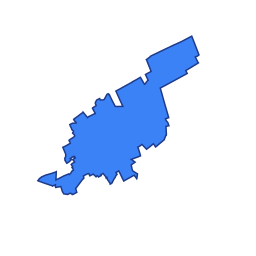 Baca, Yucatán, Mexico, rotated 56°
{"feature_id": "50627088B9866557271216", "entity_name": "Baca", "entity_type": "district", "adm_level": 2, "iso_a3": "MEX", "parent_name": "Mexico", "parent_adm1": "Yucatán", "projection": "robinson", "projection_center": [-89.395, 21.134], "detail": "fine", "context": "isolated", "style": "filled", "palette": "blue", "viewbox_px": 256, "rotation_deg": 56, "n_neighbors": 0, "source": "geoboundaries", "source_scale": "gbopen_adm2", "svg_char_len": 5190}
<svg xmlns="http://www.w3.org/2000/svg" viewBox="0 0 256 256"><g transform="rotate(56 128 128)"><path d="M174.9,149.1L174.6,148.7L171.4,145.8L169.5,146.6L167.9,147.3L166.0,148.1L165.1,147.8L164.3,147.6L162.2,146.7L160.4,146.0L160.4,145.4L160.3,143.7L160.3,141.2L159.4,141.5L159.2,141.6L158.7,141.8L158.3,141.9L157.9,142.1L157.6,142.2L157.1,142.4L156.7,142.5L155.9,142.8L156.0,142.5L156.2,141.5L156.4,140.6L156.8,138.9L157.0,138.0L157.3,137.0L157.7,135.2L158.1,133.2L157.8,133.1L157.5,133.0L157.1,132.8L156.6,132.7L155.6,132.3L154.7,132.1L154.4,132.0L153.6,131.7L153.1,131.6L151.8,131.2L150.7,130.9L149.8,130.7L149.3,130.6L149.5,129.5L149.6,127.6L149.5,126.8L149.4,125.6L156.0,124.5L155.6,118.7L155.3,116.4L155.3,115.7L157.3,115.7L159.1,115.8L159.1,115.7L159.1,114.6L159.1,114.4L158.8,112.6L158.7,111.4L158.5,109.5L158.0,104.6L157.9,104.6L157.3,103.6L156.7,102.8L155.6,101.2L155.3,100.7L155.4,100.3L155.0,99.9L147.9,95.6L149.0,92.8L145.5,91.9L143.4,92.2L141.3,91.8L142.2,88.5L138.9,87.4L131.8,85.1L123.4,82.4L117.6,80.4L117.4,80.4L112.9,78.9L113.2,76.4L113.8,70.8L114.1,67.4L115.0,58.2L115.5,52.8L115.9,48.4L112.7,48.0L113.4,33.2L112.2,33.2L106.7,32.5L106.8,31.9L107.2,30.3L107.1,28.3L99.4,26.5L87.5,23.8L86.2,35.7L84.8,43.7L83.5,52.4L83.0,55.7L81.1,68.8L81.4,70.8L81.6,74.2L81.6,74.3L81.6,74.6L82.2,74.6L94.0,77.2L94.0,77.7L93.7,80.2L93.4,83.6L99.7,84.6L99.7,85.4L99.9,85.9L100.1,86.6L100.2,87.2L100.8,88.3L100.9,88.7L100.9,89.5L100.9,89.9L92.9,89.4L92.6,94.0L92.6,94.3L92.5,95.1L92.4,95.9L92.2,97.9L92.1,98.4L92.3,98.5L92.3,99.0L92.2,100.2L92.1,100.9L92.0,101.7L92.0,102.5L91.9,103.3L91.8,104.0L91.7,105.5L91.5,107.1L91.5,107.9L91.3,109.7L91.2,110.6L91.2,111.5L91.1,112.7L91.0,113.3L90.7,116.4L90.6,117.4L91.3,117.5L92.0,117.6L92.7,117.7L93.4,117.9L94.8,118.1L96.0,118.3L97.3,118.5L99.3,118.9L101.8,119.3L103.9,119.6L104.6,119.8L107.2,120.2L105.6,122.7L105.4,122.9L104.3,124.7L103.4,125.9L102.9,126.5L97.4,125.9L97.1,125.8L96.7,125.8L95.8,125.7L93.0,125.3L90.0,124.8L90.0,125.2L88.6,125.2L88.4,126.1L88.3,126.5L89.3,128.5L91.0,131.7L90.7,133.1L89.3,135.3L88.9,135.2L87.7,135.0L87.3,138.2L87.8,139.3L88.7,140.9L89.1,141.2L89.7,141.5L90.3,141.6L90.5,141.6L90.9,141.7L91.2,141.8L91.6,141.9L91.6,142.6L91.7,143.9L91.7,144.0L91.6,144.3L91.6,144.6L91.5,145.0L91.6,146.0L91.7,146.4L92.2,146.5L92.6,146.5L93.0,146.5L93.2,146.4L93.5,146.6L97.7,147.0L97.7,147.3L97.3,148.7L97.2,149.1L97.2,149.4L97.3,149.7L97.1,150.4L96.7,153.6L96.5,154.0L96.8,155.7L90.6,156.3L89.8,156.4L89.9,156.5L89.9,157.6L90.0,160.3L90.2,163.2L90.3,167.2L90.4,167.3L90.4,168.2L90.9,168.3L91.7,168.4L92.5,168.3L93.3,168.1L94.6,168.0L94.8,168.1L93.8,170.2L93.7,170.3L92.9,171.5L92.9,172.4L92.7,173.4L92.7,173.7L92.6,174.3L93.5,174.5L94.1,174.8L96.0,174.9L97.8,175.5L98.0,175.4L100.1,174.9L100.6,175.5L100.9,175.9L101.0,176.5L101.4,176.8L101.6,176.7L102.9,176.4L103.6,176.3L104.7,176.6L104.9,177.2L105.2,177.7L105.1,180.8L105.2,183.8L106.0,184.0L107.3,184.0L108.4,184.4L108.0,190.3L107.5,192.8L115.0,194.3L117.0,195.9L117.4,196.2L117.4,196.4L117.4,196.7L117.9,197.5L118.3,197.6L118.8,197.8L119.4,198.0L119.4,198.3L123.0,198.5L123.1,197.9L123.1,196.1L123.1,194.9L122.7,194.3L122.6,192.7L121.1,193.0L121.2,192.3L121.2,192.0L121.2,191.6L120.9,191.3L121.0,190.5L121.1,189.8L121.1,189.6L121.2,189.0L121.8,189.1L121.8,188.3L123.3,188.4L123.3,189.3L123.3,190.2L123.3,191.1L123.3,191.5L123.7,191.5L124.9,191.3L125.7,191.2L126.2,191.2L126.3,191.2L126.3,194.7L126.5,195.2L126.5,195.5L129.4,195.6L129.5,196.5L129.8,196.4L130.1,196.5L131.2,196.5L132.6,197.0L132.4,198.1L132.4,198.7L133.3,200.4L133.4,201.1L133.5,201.2L133.7,202.7L132.9,202.9L131.9,207.6L130.8,216.8L124.1,211.9L124.0,212.7L122.9,216.8L121.7,220.5L121.0,222.7L120.4,226.0L120.3,226.6L120.2,227.2L120.3,227.5L120.4,228.4L120.4,229.8L120.5,230.1L121.1,231.4L121.2,232.2L121.6,232.1L122.0,231.8L122.2,231.6L122.7,231.3L123.1,231.0L123.5,230.7L124.7,229.8L125.6,229.2L126.7,228.3L127.4,227.9L128.7,226.8L133.6,223.1L133.9,223.1L134.5,219.9L135.7,220.9L136.9,221.2L137.2,220.5L137.3,220.1L139.0,216.4L140.8,217.0L143.9,217.9L146.6,218.1L149.3,215.3L149.4,214.9L149.4,214.4L149.5,214.1L149.5,213.9L149.5,213.6L149.6,213.2L149.8,212.7L149.9,212.1L150.2,212.1L151.1,211.5L151.7,211.5L151.8,211.2L152.1,211.2L152.3,210.7L152.4,209.8L152.6,207.6L152.8,206.5L149.0,205.2L148.8,205.2L148.7,205.0L148.7,204.5L147.4,200.8L145.2,194.4L145.1,193.3L144.9,192.6L142.8,191.8L143.0,191.1L143.0,189.6L143.4,187.0L143.9,186.0L146.3,186.4L146.8,182.6L150.6,181.8L150.4,181.2L150.4,180.4L150.5,180.1L152.2,179.8L152.1,179.2L152.5,176.9L152.4,176.7L151.6,176.7L151.7,174.1L156.0,173.7L157.3,174.1L157.2,173.2L158.4,173.5L158.7,173.6L158.9,173.7L159.1,173.8L159.6,173.9L160.7,173.8L161.3,173.7L161.5,173.7L162.0,173.7L162.5,173.9L163.0,173.8L163.4,173.8L163.7,173.8L163.8,173.9L164.3,173.9L164.6,174.1L164.7,173.4L164.7,173.1L164.5,172.6L164.6,171.7L164.0,170.9L163.8,170.7L163.6,170.3L162.2,167.5L162.2,167.3L161.8,166.3L161.0,165.1L160.6,164.3L160.4,163.1L158.2,162.8L158.4,159.7L161.2,160.0L164.1,160.4L164.4,160.5L165.1,160.6L166.0,160.7L166.4,160.8L167.5,160.9L167.8,160.9L169.6,161.2L169.8,158.0L170.6,149.3L174.7,149.1L174.9,149.1Z" fill="#3b82f6" stroke="#1e3a8a" stroke-width="1.5"/></g></svg>